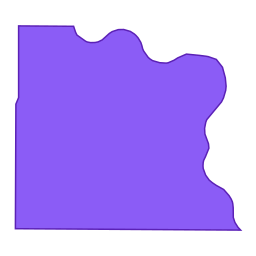 outline of Dakota, Nebraska, United States of America
{"feature_id": "52423323B32373554543945", "entity_name": "Dakota", "entity_type": "district", "adm_level": 2, "iso_a3": "USA", "parent_name": "United States of America", "parent_adm1": "Nebraska", "projection": "orthographic", "projection_center": [-96.478, 42.401], "detail": "fine", "context": "isolated", "style": "filled", "palette": "violet", "viewbox_px": 256, "rotation_deg": 0, "n_neighbors": 0, "source": "geoboundaries", "source_scale": "gbopen_adm2", "svg_char_len": 940}
<svg xmlns="http://www.w3.org/2000/svg" viewBox="0 0 256 256"><path d="M186.4,54.1L177.7,57.9L174.1,60.2L168.1,62.8L166.2,63.1L159.7,62.7L152.5,60.6L149.9,58.9L148.1,57.3L143.7,51.1L142.7,48.9L141.9,45.7L140.8,42.4L138.1,37.9L135.9,35.4L134.2,33.9L130.3,31.4L123.7,29.5L118.3,29.6L112.2,31.6L109.4,33.4L102.2,39.9L98.1,41.9L95.1,42.5L90.6,42.6L87.3,42.0L85.7,41.3L77.0,35.1L75.6,32.3L73.6,26.3L18.6,25.9L18.6,97.6L15.9,104.1L15.4,226.7L15.4,228.7L240.6,230.1L238.0,227.3L234.9,222.4L233.3,217.5L233.2,207.8L232.8,203.9L232.4,201.9L231.2,199.1L229.1,195.7L223.7,189.5L216.3,185.4L212.3,182.7L209.2,180.1L205.6,175.1L203.2,168.5L203.0,165.9L203.2,162.6L203.7,160.3L205.5,156.6L208.9,148.2L208.5,143.8L204.9,134.0L204.6,128.3L205.8,122.1L206.8,119.6L221.5,101.9L223.5,97.9L225.7,90.4L226.1,86.2L225.3,77.8L222.8,68.5L222.5,67.3L216.3,59.4L208.2,56.6L205.8,56.2L199.5,55.4L186.4,54.1Z" fill="#8b5cf6" stroke="#5b21b6" stroke-width="1.5"/></svg>